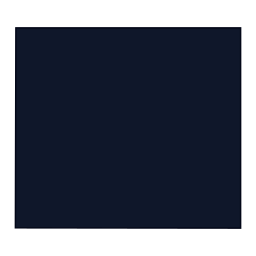 Floyd, Iowa, United States of America (Mercator projection)
{"feature_id": "52423323B81223341239547", "entity_name": "Floyd", "entity_type": "district", "adm_level": 2, "iso_a3": "USA", "parent_name": "United States of America", "parent_adm1": "Iowa", "projection": "mercator", "projection_center": [-92.836, 43.06], "detail": "fine", "context": "isolated", "style": "filled", "palette": "ink", "viewbox_px": 256, "rotation_deg": 0, "n_neighbors": 0, "source": "geoboundaries", "source_scale": "gbopen_adm2", "svg_char_len": 186}
<svg xmlns="http://www.w3.org/2000/svg" viewBox="0 0 256 256"><path d="M15.9,27.9L15.4,227.8L240.6,228.1L240.6,27.9L15.9,27.9Z" fill="#0f172a" stroke="#020617" stroke-width="1.5"/></svg>